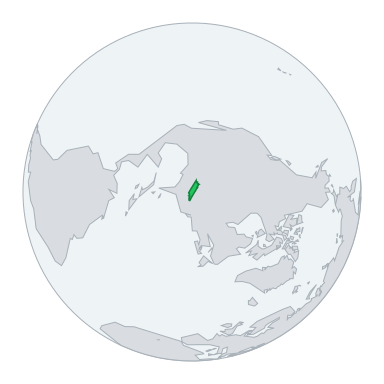 Tennessee on an orthographic globe, rotated 120°
{"feature_id": "USA-3551", "entity_name": "Tennessee", "entity_type": "State", "adm_level": 1, "iso_a3": "USA", "parent_name": "United States of America", "parent_adm1": "", "projection": "orthographic", "projection_center": [-85.336, 35.837], "detail": "fine", "context": "on_globe", "style": "filled", "palette": "green", "viewbox_px": 384, "rotation_deg": 120, "n_neighbors": 0, "source": "natural_earth", "source_scale": "10m", "svg_char_len": 11562}
<svg xmlns="http://www.w3.org/2000/svg" viewBox="0 0 384 384"><g transform="rotate(120 192 192)"><circle cx="192" cy="192" r="169" fill="#eef3f6" stroke="#a8b0b8"/><path d="M215.1,359.4L210.6,359.9L210.9,359.2L214.4,358.3L211.5,358.5L219.3,355.6L215.5,356.6L219.4,351.9L226.3,346.5L233.6,328.2L230.7,324.5L218.5,321.1L204.0,304.7L208.4,296.7L205.0,293.1L216.1,280.5L212.8,269.3L208.8,268.0L205.0,272.6L191.1,265.8L185.8,256.7L142.0,238.3L137.3,232.6L137.0,224.3L121.4,193.0L128.6,221.1L122.7,214.8L117.9,204.3L120.5,202.6L117.0,187.7L111.7,180.7L110.8,162.0L120.6,140.9L122.4,145.3L124.5,140.1L122.4,134.5L120.5,132.2L124.9,110.1L119.6,95.1L112.6,94.7L118.3,91.7L101.6,94.5L95.3,91.2L105.6,92.4L109.2,90.7L106.5,86.9L109.6,84.4L110.1,81.2L114.0,78.7L119.7,80.1L122.3,78.7L120.3,76.1L122.9,72.3L125.5,76.2L130.4,70.1L140.9,72.4L144.6,86.5L153.6,87.1L166.0,100.4L168.1,97.6L174.2,101.5L178.8,99.8L179.8,103.2L182.7,99.0L180.9,96.3L181.6,93.6L184.1,92.5L185.8,96.5L184.8,97.6L186.6,98.2L186.4,100.7L188.0,98.9L189.7,104.0L191.8,97.4L196.4,100.3L196.5,104.2L191.5,105.7L179.3,119.8L177.8,125.0L180.9,130.4L197.2,136.0L197.7,141.3L202.0,146.9L204.0,143.0L201.4,137.2L206.2,131.6L202.4,125.7L203.8,122.8L201.9,116.3L207.6,115.4L214.2,118.2L216.1,123.7L219.0,125.2L221.6,118.8L229.4,128.3L241.9,133.7L243.3,136.6L238.2,143.9L227.1,146.6L220.4,157.7L230.2,148.9L233.6,157.0L236.5,157.8L239.5,156.7L240.4,153.0L242.7,155.7L233.8,165.0L231.6,162.7L234.4,159.7L229.2,161.2L223.3,168.3L225.5,172.3L214.2,180.1L215.6,183.2L214.0,186.9L212.5,181.3L214.9,191.7L202.1,204.7L205.2,222.8L196.2,209.3L189.3,208.0L181.2,208.5L181.5,211.4L170.3,209.1L160.7,214.9L158.1,229.0L162.7,239.8L175.1,240.8L178.4,234.9L187.3,233.7L181.8,249.5L197.5,251.3L196.4,262.7L201.1,268.1L208.7,266.2L216.7,268.2L222.0,261.1L230.7,256.4L231.3,265.3L235.8,256.4L241.0,259.8L258.1,255.7L256.9,258.1L271.4,264.5L286.3,263.7L289.7,268.5L288.0,272.9L293.0,271.9L293.1,274.2L312.1,268.3L321.0,268.2L320.2,276.0L311.7,289.1L301.6,308.7L285.7,320.7L280.1,327.5L264.9,339.0L255.5,341.6L256.6,343.7L250.0,347.0L243.4,348.8L241.0,350.8L236.0,352.0L238.4,352.3L228.6,355.6L229.4,356.3L221.8,358.2L222.5,358.2L220.3,358.6L217.5,359.0L217.2,359.1L215.1,359.4ZM41.5,179.1L42.6,175.5L42.9,179.0L41.5,179.1ZM42.6,172.5L42.4,173.9L42.5,172.6L42.6,172.5ZM42.3,171.1L42.5,172.1L42.1,171.2L42.3,171.1ZM41.6,169.5L42.0,170.2L41.9,170.2L41.6,169.5ZM204.8,228.9L222.7,235.5L213.0,237.7L214.7,236.0L210.1,232.9L201.6,230.4L193.0,232.7L204.8,228.9ZM41.2,166.1L41.1,165.1L41.6,165.4L41.2,166.1ZM211.8,218.4L208.7,218.0L211.6,217.7L211.8,218.4ZM119.1,131.6L122.0,134.7L122.8,140.9L120.0,138.6L119.1,131.6ZM118.0,120.5L120.3,121.0L117.7,126.1L117.2,124.2L118.0,120.5ZM107.0,95.3L108.8,97.2L106.0,96.3L107.0,95.3ZM109.5,81.3L108.0,81.6L108.9,79.9L109.5,81.3ZM198.9,117.3L200.3,116.8L199.9,118.2L198.9,117.3ZM196.6,115.0L195.1,117.0L193.8,116.3L194.8,115.1L196.6,115.0ZM115.6,74.5L117.5,71.9L116.6,74.8L115.6,74.5ZM198.8,112.8L191.7,114.7L189.5,113.4L191.3,107.8L198.8,112.8ZM119.2,70.5L123.7,64.4L120.8,64.5L131.6,61.3L124.2,67.2L123.5,70.7L121.9,69.4L119.2,70.5ZM179.2,95.9L181.2,98.7L177.2,97.5L179.2,95.9ZM176.4,95.8L163.0,96.5L161.3,92.1L166.2,92.6L162.1,88.0L167.9,85.4L171.4,87.4L171.3,90.7L173.6,87.3L176.4,95.8ZM136.8,60.7L138.7,59.6L137.8,61.0L136.8,60.7ZM181.5,92.5L178.9,92.9L177.3,89.0L182.1,87.5L181.1,89.2L181.5,92.5ZM158.2,88.2L157.8,85.2L162.4,82.3L162.9,80.8L167.8,85.0L158.2,88.2ZM182.8,89.6L184.6,86.9L187.8,87.8L183.9,91.9L182.8,89.6ZM174.8,88.7L174.3,86.9L176.2,87.4L174.8,88.7ZM199.9,90.0L196.8,90.3L195.7,88.2L199.9,90.0ZM185.1,85.9L184.0,85.6L183.3,84.9L185.1,83.5L185.1,85.9ZM170.7,82.8L172.7,82.3L168.9,80.9L172.2,78.8L174.9,82.1L175.1,79.9L176.1,79.3L177.3,82.7L170.7,82.8ZM184.6,80.0L189.2,83.9L195.1,83.6L196.2,85.4L186.5,85.5L184.6,80.0ZM180.2,81.2L183.2,80.8L183.1,83.0L181.0,84.7L180.2,81.2ZM173.5,76.4L167.7,78.6L167.3,77.9L173.5,76.4ZM186.3,79.4L185.1,78.6L186.7,79.2L186.3,79.4ZM177.4,76.7L175.4,77.6L175.0,76.7L177.4,76.7ZM184.5,76.2L186.0,77.4L184.6,78.5L184.5,76.2ZM181.3,76.1L181.2,74.6L183.2,78.1L180.4,76.6L181.3,76.1ZM177.4,75.8L176.5,75.5L178.2,75.5L177.4,75.8ZM188.8,71.5L191.7,75.7L188.7,78.0L186.3,73.6L188.8,71.5ZM213.2,359.6L210.9,359.9L213.8,359.5L213.2,359.6ZM219.9,358.6L221.5,358.4L222.1,358.3L219.9,358.6ZM310.0,71.0L307.6,68.8L316.8,79.2L313.4,76.9L301.9,64.9L293.2,56.7L291.5,55.6L292.9,57.8L286.5,53.4L292.8,58.5L293.5,58.3L297.4,61.7L297.1,62.2L294.9,60.5L296.3,62.6L306.5,70.9L308.3,71.5L314.7,80.2L318.2,82.3L321.4,86.3L316.7,84.3L313.9,81.9L308.6,83.7L312.2,86.9L317.4,85.6L317.7,87.2L322.5,92.2L319.1,89.7L312.5,91.0L315.4,100.4L326.6,119.6L326.7,125.6L323.4,128.4L311.8,116.1L312.8,104.3L308.7,100.5L302.1,99.6L303.0,96.3L300.4,94.8L300.1,90.6L293.5,82.4L292.3,78.3L283.5,73.3L281.7,70.7L287.4,74.3L290.7,74.8L286.9,65.7L284.4,63.4L279.1,61.1L278.7,59.2L274.0,58.1L268.8,52.9L271.2,58.7L264.9,56.8L258.5,53.0L256.9,53.6L267.3,59.9L271.1,61.6L273.7,61.2L284.4,67.6L287.0,71.2L277.4,69.0L280.0,74.2L271.4,70.8L248.4,54.9L242.0,49.6L244.1,43.0L249.2,44.5L250.9,47.5L254.9,45.7L251.9,45.4L251.6,44.0L245.6,42.4L245.0,41.4L240.1,41.9L238.8,40.4L242.0,40.2L231.9,37.3L227.6,34.7L225.6,34.6L224.6,35.2L219.8,31.8L218.5,31.9L219.6,33.0L217.8,34.1L212.6,34.8L211.2,33.5L212.9,33.1L214.3,30.7L218.9,30.1L217.8,29.7L213.5,29.9L211.8,32.9L209.1,33.7L209.1,32.0L208.9,32.7L207.1,32.7L204.1,31.8L203.6,33.6L185.9,37.4L178.2,36.4L180.3,34.1L166.4,37.0L158.8,36.5L159.9,37.4L153.9,40.0L156.2,40.1L156.3,40.8L142.1,48.5L137.7,49.8L132.7,55.0L133.2,55.6L136.2,54.9L131.6,61.3L120.8,64.5L120.1,62.9L113.8,66.4L113.2,62.5L109.9,61.2L112.9,55.6L109.9,55.5L107.8,56.9L102.2,58.2L98.0,56.4L110.8,51.4L118.9,54.7L116.4,52.5L119.8,51.3L120.6,49.5L118.6,48.4L116.7,49.3L127.9,40.2L128.7,36.7L121.8,40.2L116.7,42.2L111.6,43.4L112.5,42.9L123.1,37.7L134.1,33.3L145.4,29.6L156.9,26.7L168.6,24.7L180.4,23.4L192.2,23.0L204.1,23.5L215.8,24.7L227.5,26.8L239.0,29.7L250.3,33.4L261.2,37.9L271.9,43.1L282.1,49.1L291.9,55.7L301.2,63.1L310.0,71.0ZM360.1,175.0L360.5,179.7L359.9,177.6L359.9,180.5L356.4,203.2L352.9,203.3L343.2,193.5L342.1,182.8L337.7,174.8L326.8,126.7L329.1,122.7L325.8,102.3L326.3,100.9L331.7,107.7L333.3,101.7L327.8,93.6L324.2,86.8L322.7,84.9L330.2,94.8L336.9,105.1L342.9,116.0L348.0,127.2L352.4,138.8L355.8,150.6L358.4,162.7L360.1,175.0ZM336.0,145.9L337.6,148.6L336.0,145.9ZM270.0,42.1L268.7,41.5L271.2,42.8L281.4,48.7L281.6,48.8L270.0,42.1ZM258.6,255.4L260.7,256.6L258.0,257.4L258.6,255.4ZM211.9,241.8L215.5,241.6L217.5,242.9L214.8,243.6L211.9,241.8ZM242.1,237.6L246.2,237.6L242.1,239.2L242.1,237.6ZM225.4,236.3L238.9,237.9L230.8,242.1L222.3,241.1L228.0,239.5L225.4,236.3ZM210.5,224.3L212.9,224.8L212.3,226.7L210.5,224.3ZM213.9,218.2L213.0,218.5L211.8,217.1L213.9,218.2ZM234.1,156.4L234.9,155.8L238.1,155.3L236.9,157.1L234.1,156.4ZM250.6,145.2L253.9,149.8L250.7,147.6L249.6,150.6L241.5,150.0L243.6,138.1L244.1,143.4L250.6,145.2ZM231.2,146.5L236.2,147.8L230.7,146.9L231.2,146.5ZM286.4,91.6L288.4,90.7L291.6,93.4L293.0,99.8L288.5,95.8L286.4,91.6ZM290.5,88.9L280.5,85.6L279.2,81.9L281.6,84.5L281.7,82.3L285.7,86.0L294.2,86.1L297.5,88.6L298.5,98.3L296.3,93.6L294.5,94.6L290.5,88.9ZM257.4,87.5L253.0,87.0L255.7,79.4L259.5,80.8L261.2,86.9L257.8,88.9L257.4,87.5ZM203.4,102.9L201.5,103.9L201.1,102.7L202.3,100.8L203.4,102.9ZM198.5,90.3L210.9,97.3L209.4,98.8L218.5,101.7L218.1,106.8L212.2,104.6L218.7,111.0L213.3,111.1L218.1,115.1L205.2,109.8L200.6,110.5L205.8,107.7L206.3,102.9L205.1,101.1L198.4,96.5L188.7,96.1L187.6,91.6L189.4,88.6L191.6,88.1L191.6,91.0L194.5,88.1L196.2,92.1L198.5,90.3ZM211.3,61.5L210.4,64.3L216.5,61.0L218.2,64.1L218.8,63.5L222.0,65.6L227.0,67.3L227.0,68.9L228.9,68.9L231.1,70.4L233.8,71.0L234.8,74.2L238.1,75.3L236.7,76.3L242.1,77.3L238.5,78.0L241.0,80.4L243.2,78.5L242.1,96.2L244.4,103.8L248.3,109.9L241.6,110.8L233.6,105.8L226.1,98.5L224.8,91.3L222.0,93.3L220.6,90.5L223.4,90.1L218.2,89.1L217.8,86.8L211.0,81.5L203.8,81.9L201.1,80.1L203.8,78.8L199.3,78.0L202.4,74.5L200.6,73.3L201.9,68.8L208.0,67.3L205.5,66.1L206.4,62.9L211.3,61.5ZM189.4,70.3L196.3,67.4L200.6,67.8L196.6,75.5L197.8,77.1L195.4,82.5L189.1,81.9L190.4,80.4L190.2,78.8L192.2,79.6L190.4,77.8L192.1,75.7L191.2,73.7L193.7,73.3L189.4,70.3ZM323.6,96.7L323.4,95.3L322.3,92.6L325.4,95.9L323.6,96.7ZM319.4,97.7L318.7,95.9L322.5,98.8L322.7,100.4L319.4,97.7ZM315.1,92.6L318.4,95.5L316.8,94.9L315.1,92.6ZM286.5,72.7L285.4,70.9L286.5,71.2L288.6,72.7L286.5,72.7ZM229.6,53.8L228.4,54.9L227.3,54.5L222.2,55.5L220.5,53.4L223.0,52.1L229.6,53.8ZM311.0,72.1L314.5,75.6L313.3,74.5L311.0,72.1ZM321.7,85.9L320.8,83.7L322.5,86.8L321.7,85.9ZM227.0,51.7L225.0,52.3L225.4,51.0L227.0,51.7ZM219.0,52.0L218.9,50.5L219.7,53.3L219.0,52.0ZM209.9,37.9L219.0,38.5L224.4,38.3L225.7,36.7L227.7,39.5L219.4,39.9L209.9,37.9ZM189.1,37.4L188.0,39.3L185.9,38.7L185.8,38.2L189.1,37.4ZM190.2,38.4L193.7,40.4L191.4,41.6L189.1,39.7L190.2,38.4ZM210.7,45.2L213.5,45.4L213.1,46.4L210.7,45.2ZM103.6,48.0L105.0,47.2L98.6,51.4L96.5,52.7L97.6,51.8L103.6,48.0ZM103.9,48.1L107.1,46.2L118.1,41.9L118.9,42.1L107.1,46.9L109.5,45.4L107.9,45.9L103.9,48.1ZM137.6,59.1L138.6,59.5L136.7,60.0L137.6,59.1ZM157.7,40.8L157.4,41.8L155.2,42.1L157.7,40.8ZM155.5,44.9L158.2,43.8L155.9,45.4L155.5,44.9ZM164.1,41.5L159.5,43.6L163.1,40.9L164.1,41.5Z" fill="#d9dde1" stroke="#a8b0b8" stroke-width="1"/><path d="M181.6,191.6L181.6,191.4L181.6,191.2L181.8,190.9L181.6,190.6L181.9,190.5L182.0,190.5L181.9,190.4L182.0,190.3L182.0,190.2L182.0,189.9L182.1,190.0L182.3,189.9L182.7,189.9L183.1,189.9L183.5,189.9L184.0,189.9L184.4,189.9L184.8,189.9L185.2,189.9L185.6,190.0L185.6,189.9L185.6,189.7L185.5,189.4L185.9,189.4L186.0,189.5L186.3,189.5L186.5,189.5L186.8,189.6L187.1,189.6L187.3,189.6L187.6,189.6L187.9,189.6L188.1,189.6L188.4,189.6L188.6,189.6L188.8,189.6L189.0,189.6L189.3,189.5L189.5,189.6L189.9,189.6L190.3,189.6L190.7,189.7L191.3,189.7L191.8,189.7L192.5,189.7L193.1,189.7L193.7,189.7L194.2,189.7L194.7,189.7L195.1,189.7L195.4,189.8L195.6,189.8L195.8,189.8L195.9,189.7L196.2,189.7L196.4,189.7L196.7,189.7L196.9,189.7L197.2,189.7L197.4,189.7L197.7,189.7L197.9,189.7L198.2,189.7L198.4,189.7L198.7,189.7L198.9,189.6L199.2,189.6L199.4,189.6L199.6,189.6L199.9,189.6L200.0,189.6L200.3,189.6L200.5,189.6L200.6,189.8L200.6,190.0L200.6,190.3L200.4,190.3L200.2,190.4L200.1,190.5L199.9,191.0L199.7,191.1L199.5,190.9L199.4,190.9L199.3,191.0L199.2,191.0L198.9,191.2L198.9,191.3L198.8,191.5L198.7,191.5L198.5,191.4L198.4,191.3L198.1,191.4L198.1,191.5L197.9,191.6L197.8,191.8L197.7,191.9L197.7,192.0L197.4,192.1L197.2,192.2L197.1,192.3L196.9,192.4L196.9,192.5L196.8,192.4L196.8,192.5L196.7,192.5L196.4,192.7L196.2,192.8L196.2,192.7L196.1,192.8L195.9,192.8L195.7,192.8L195.4,193.0L195.2,193.1L195.2,193.3L195.1,193.5L194.9,193.7L194.7,193.7L194.5,193.8L194.5,194.0L194.5,194.4L194.4,194.5L194.2,194.5L193.8,194.5L193.7,194.5L193.4,194.5L193.1,194.5L192.8,194.5L192.5,194.5L192.2,194.5L191.9,194.5L191.6,194.5L191.3,194.5L190.9,194.5L190.5,194.5L190.2,194.5L189.8,194.5L189.4,194.5L189.0,194.5L188.6,194.5L188.3,194.5L187.9,194.4L187.5,194.4L187.1,194.4L186.7,194.4L186.4,194.4L186.0,194.4L185.6,194.4L185.2,194.3L184.7,194.4L184.4,194.4L184.1,194.3L183.8,194.3L183.5,194.3L183.1,194.3L182.8,194.3L182.5,194.3L182.2,194.3L181.9,194.3L181.6,194.2L181.3,194.2L181.0,194.2L180.6,194.2L180.3,194.2L180.0,194.2L180.3,194.0L180.3,193.9L180.5,193.8L180.6,193.6L180.5,193.4L180.5,193.2L180.7,192.9L180.8,192.9L180.8,192.7L181.0,192.6L180.9,192.4L181.0,192.4L181.0,192.2L181.4,191.9L181.5,191.8L181.5,191.7L181.4,191.7L181.5,191.5L181.6,191.6Z" fill="#22c55e" stroke="#15803d" stroke-width="1.5"/></g></svg>